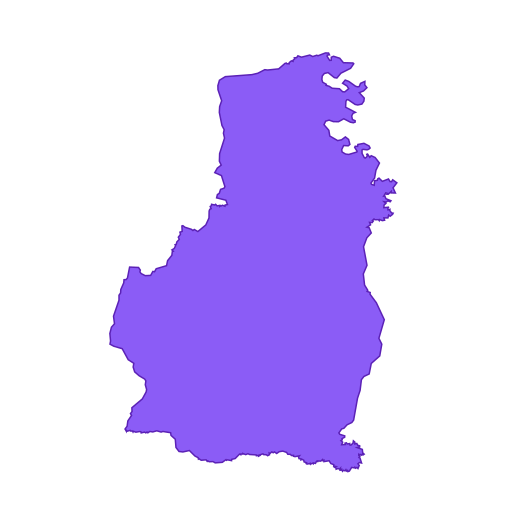 Kusuman, Sakon Nakhon, Thailand, rotated 97°
{"feature_id": "78962969B62467270664056", "entity_name": "Kusuman", "entity_type": "district", "adm_level": 2, "iso_a3": "THA", "parent_name": "Thailand", "parent_adm1": "Sakon Nakhon", "projection": "equal_earth", "projection_center": [104.295, 17.348], "detail": "fine", "context": "isolated", "style": "filled", "palette": "violet", "viewbox_px": 512, "rotation_deg": 97, "n_neighbors": 0, "source": "geoboundaries", "source_scale": "gbopen_adm2", "svg_char_len": 6092}
<svg xmlns="http://www.w3.org/2000/svg" viewBox="0 0 512 512"><g transform="rotate(97 256 256)"><path d="M453.8,238.2L453.4,231.6L454.2,231.3L453.5,229.3L454.4,229.1L453.5,227.8L453.1,228.4L451.5,225.0L452.2,224.3L452.0,221.6L452.8,220.1L451.6,218.4L449.9,218.9L450.2,218.0L448.5,216.4L449.2,215.0L448.2,213.8L449.5,211.4L447.4,209.1L446.4,205.6L447.2,201.7L448.9,200.3L448.7,197.7L449.7,196.5L449.3,194.5L450.2,194.4L450.4,192.8L449.0,188.6L450.2,189.4L451.9,188.6L451.9,186.6L452.9,186.5L452.2,185.5L452.9,183.7L454.5,183.2L455.0,180.6L455.9,180.9L456.3,180.0L455.5,177.5L456.0,176.8L455.1,176.7L455.5,175.6L454.6,174.3L455.2,173.7L454.4,173.4L454.6,171.7L452.8,171.1L452.5,169.8L451.9,170.1L451.7,166.7L449.9,165.1L451.0,164.6L450.4,163.7L451.8,163.5L450.3,158.5L452.9,156.4L453.6,153.4L455.1,153.3L455.2,151.1L456.0,152.4L457.0,150.4L457.8,150.4L457.0,148.8L457.3,147.1L456.5,146.5L457.6,146.6L457.3,145.5L458.3,146.0L458.0,144.5L459.1,143.9L458.0,143.1L458.4,141.4L457.1,140.7L458.4,139.8L457.7,139.0L458.8,138.5L458.1,137.1L454.2,135.3L454.3,132.4L453.6,132.1L454.5,131.2L453.5,130.0L454.5,128.9L451.3,128.0L449.8,129.5L448.4,128.2L448.6,126.0L443.8,128.2L443.5,129.2L442.2,128.5L441.4,129.7L440.6,129.8L441.4,128.8L440.2,128.5L440.8,127.0L439.4,126.2L440.4,125.5L439.5,124.5L438.3,126.1L435.0,126.9L433.8,132.3L432.8,129.8L431.7,130.0L431.5,131.9L429.8,133.1L430.5,135.0L428.7,135.2L427.6,136.8L429.9,136.9L432.2,138.8L432.0,140.0L430.7,140.1L431.4,142.4L430.4,143.5L430.9,144.8L432.2,144.3L432.9,148.0L430.2,147.3L428.9,149.2L427.9,148.0L426.8,148.4L425.1,145.9L423.7,146.0L422.8,151.1L421.5,152.2L417.2,149.9L416.3,147.8L412.4,145.0L409.6,140.6L407.0,139.1L384.7,137.9L376.7,136.3L365.9,136.3L362.4,134.2L359.3,129.3L348.6,128.5L340.1,121.0L328.2,120.4L322.7,124.0L303.6,120.9L287.8,130.8L280.0,138.2L278.3,138.2L277.6,141.4L276.4,140.9L271.6,144.7L260.7,147.3L251.7,144.7L233.7,150.4L224.4,148.2L219.1,144.4L214.2,147.1L213.9,149.4L211.1,146.1L208.8,147.4L208.7,144.8L207.1,143.9L206.6,144.8L204.9,143.4L205.5,142.3L205.0,138.9L205.9,138.0L204.8,137.8L205.5,134.9L204.8,132.7L202.6,133.7L202.1,129.7L199.2,129.3L200.2,127.7L198.0,125.5L196.8,125.1L196.7,126.7L194.4,128.9L193.4,128.8L194.1,130.6L192.0,131.0L191.3,129.9L192.4,135.0L189.8,135.1L188.0,133.5L186.5,135.5L186.5,133.2L185.2,131.9L185.8,129.4L184.7,128.8L183.3,134.0L180.7,135.5L181.0,136.5L177.5,134.9L177.9,132.7L178.7,133.3L178.5,132.2L175.4,129.7L176.9,129.5L176.5,125.3L171.6,128.3L166.2,125.1L163.7,129.6L165.7,130.5L165.8,132.0L163.4,133.9L166.5,139.7L163.7,143.4L164.5,144.5L166.1,144.8L166.9,147.5L171.4,147.3L170.8,150.1L169.6,150.8L164.2,147.8L156.3,147.4L148.7,144.8L143.7,149.8L142.4,153.9L144.2,155.1L141.2,157.7L141.6,158.5L143.0,157.7L144.3,158.3L145.5,159.5L145.2,160.5L141.3,163.2L137.8,163.7L137.1,162.8L137.1,158.7L136.3,157.1L134.9,155.9L133.0,157.2L131.0,162.6L132.9,168.5L134.8,168.5L135.0,170.9L136.2,171.3L139.7,168.4L140.5,168.6L143.9,176.3L143.9,179.5L142.3,183.2L140.0,183.9L135.7,182.5L135.4,177.9L133.8,176.4L129.0,178.3L126.9,181.8L130.2,185.2L131.5,189.0L127.9,197.4L122.4,199.0L117.4,204.5L113.7,203.3L112.2,200.0L113.2,195.6L112.7,190.5L109.1,185.6L111.7,178.6L111.9,175.6L111.0,173.9L109.6,174.1L108.8,176.9L105.3,178.1L102.6,177.1L101.3,174.8L97.4,185.2L91.5,185.6L89.9,184.9L89.6,183.6L93.5,176.1L93.7,173.4L92.3,169.4L89.2,167.8L86.1,167.8L81.3,173.4L79.1,169.4L75.4,166.4L72.9,168.9L69.4,169.2L71.9,173.3L75.2,174.2L75.7,175.5L75.4,177.8L71.4,185.2L70.5,188.9L74.0,191.1L76.2,186.4L78.6,184.4L82.3,187.9L82.4,190.0L79.8,193.6L80.2,200.8L78.6,204.1L78.1,207.3L77.0,207.1L75.4,211.0L72.8,212.1L69.3,212.2L66.5,210.4L65.2,206.8L69.4,200.0L69.5,197.4L64.2,194.0L58.2,185.0L53.3,182.4L52.6,183.2L53.5,192.8L49.5,197.0L48.3,203.4L49.5,205.5L52.6,205.2L52.9,206.7L49.1,209.8L47.9,209.7L47.4,207.6L45.7,208.7L46.0,211.9L49.7,218.9L49.3,220.1L51.1,224.0L50.0,227.1L53.1,235.1L52.2,238.8L54.2,239.9L54.6,242.1L55.8,241.7L57.3,243.2L58.3,243.0L58.0,244.7L60.0,246.6L61.2,246.5L61.4,248.9L60.8,249.4L61.3,250.7L67.5,256.3L70.0,267.2L70.0,270.0L74.4,276.5L76.5,282.2L81.7,308.3L86.0,313.7L91.5,314.6L95.6,314.0L106.1,309.0L112.1,310.3L118.0,309.9L130.6,305.7L134.5,303.0L138.1,303.3L142.8,301.6L158.8,304.6L166.4,303.9L170.0,301.6L173.5,305.1L178.3,307.1L180.4,300.1L191.0,295.3L192.6,296.0L194.2,299.3L198.3,300.1L199.7,301.8L203.1,302.2L204.3,292.7L208.4,290.6L209.2,292.9L210.4,292.9L209.7,295.5L210.7,296.9L210.2,297.7L211.0,298.1L210.3,298.4L211.0,300.7L209.6,302.4L210.4,303.2L210.1,306.4L211.5,306.4L212.4,307.5L214.5,306.3L215.3,307.6L217.1,308.0L224.0,307.3L231.3,309.6L238.8,316.7L237.2,320.5L238.4,321.7L237.4,323.3L236.1,330.1L234.8,332.3L235.2,333.2L240.6,332.3L241.6,334.4L243.7,333.6L246.8,335.4L248.8,334.2L251.7,336.3L254.0,336.5L254.7,337.7L255.5,337.0L258.5,338.1L260.2,340.2L261.4,338.7L261.9,339.6L265.6,339.6L271.4,343.2L276.5,343.6L280.8,353.5L284.0,354.8L283.9,356.5L288.1,358.2L289.0,363.6L287.4,367.9L285.9,369.3L284.1,369.1L281.7,371.2L282.4,380.1L293.5,380.9L295.2,382.0L295.6,384.1L298.8,384.0L305.7,386.1L309.2,385.9L311.6,387.2L316.6,386.6L333.1,390.1L340.5,388.2L344.3,390.8L350.7,391.6L358.1,390.0L361.3,390.2L362.9,386.1L364.3,377.5L374.5,370.2L377.4,364.2L381.2,364.4L385.8,362.3L389.1,357.4L391.7,351.5L393.4,350.1L397.3,350.2L401.8,348.3L404.4,348.5L411.7,351.4L421.7,360.7L425.5,360.1L427.7,361.4L429.4,360.1L435.3,363.1L440.7,363.2L443.7,364.9L445.7,363.4L444.9,363.4L445.6,362.5L444.4,359.7L445.0,359.2L444.8,357.2L445.7,356.6L444.9,356.3L445.5,353.8L444.4,350.1L444.5,348.8L445.6,348.4L444.4,345.2L445.0,343.8L444.0,342.7L444.7,341.8L443.1,340.0L443.2,337.0L441.6,333.2L442.3,328.7L441.5,327.0L441.8,319.2L444.4,318.5L447.7,313.8L455.8,312.1L459.4,308.6L459.4,304.7L457.2,298.4L462.0,292.2L463.2,288.9L464.6,288.4L464.2,287.9L465.4,285.5L464.4,280.7L465.8,279.4L465.2,278.9L465.9,277.4L465.3,273.6L466.3,271.3L464.9,264.3L461.8,261.0L462.4,260.4L461.8,259.5L462.1,255.3L460.8,255.4L459.6,252.0L454.6,248.2L455.1,246.9L454.4,246.9L454.2,244.9L453.6,245.0L454.4,242.0L453.2,239.9L453.8,238.2Z" fill="#8b5cf6" stroke="#5b21b6" stroke-width="1.5"/></g></svg>